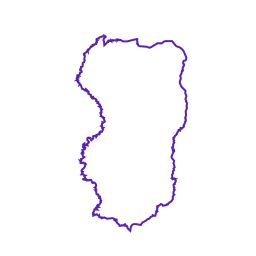 Kibondo, Kigoma, United Republic of Tanzania (orthographic projection), rotated 19°
{"feature_id": "72390352B58332556482444", "entity_name": "Kibondo", "entity_type": "district", "adm_level": 2, "iso_a3": "TZA", "parent_name": "United Republic of Tanzania", "parent_adm1": "Kigoma", "projection": "orthographic", "projection_center": [30.818, -4.184], "detail": "fine", "context": "isolated", "style": "outline", "palette": "violet", "viewbox_px": 256, "rotation_deg": 19, "n_neighbors": 0, "source": "geoboundaries", "source_scale": "gbopen_adm2", "svg_char_len": 5794}
<svg xmlns="http://www.w3.org/2000/svg" viewBox="0 0 256 256"><g transform="rotate(19 128 128)"><path d="M160.1,42.2L155.3,37.0L153.7,36.0L151.0,35.0L146.9,34.9L141.4,31.5L135.1,33.7L133.8,34.6L132.3,37.0L128.4,38.2L122.9,44.7L121.4,45.2L119.1,45.1L112.6,46.8L111.0,46.7L110.1,45.5L109.1,45.4L109.2,44.3L107.9,41.9L107.9,41.0L107.4,41.0L98.8,46.5L95.2,47.7L92.1,47.2L91.0,47.8L90.5,47.5L90.1,48.0L89.3,47.8L89.2,48.4L89.0,48.0L88.3,48.2L88.5,48.8L87.5,49.4L86.3,49.5L85.7,50.2L84.7,50.0L84.3,50.8L83.8,50.6L84.0,51.1L83.4,50.8L83.5,51.5L81.6,51.3L81.0,51.8L81.6,52.6L81.4,53.1L80.5,53.3L79.9,55.4L78.9,56.4L79.0,57.0L78.7,57.5L77.2,54.0L76.2,52.9L76.1,51.0L77.2,49.5L77.0,48.7L74.9,48.3L74.4,49.6L72.2,51.0L71.1,52.4L71.2,53.0L70.2,53.3L69.3,54.3L69.8,55.5L70.6,55.4L70.0,57.1L70.7,57.4L70.3,58.4L70.5,59.0L69.4,59.6L68.8,60.6L68.2,60.4L67.4,61.0L67.8,62.0L67.4,62.2L67.1,63.1L66.4,63.1L65.8,65.8L64.9,66.5L65.2,67.5L64.6,67.7L65.0,68.6L64.6,68.3L64.2,68.7L63.9,70.1L62.4,71.8L62.9,72.0L62.5,72.8L62.8,73.5L63.7,73.8L64.3,77.3L65.0,78.0L65.0,80.0L64.0,81.3L65.0,84.1L64.7,84.9L63.7,85.5L64.1,86.3L63.6,88.1L63.9,88.7L64.3,88.3L65.1,88.8L65.9,90.0L64.6,91.6L64.9,92.3L64.3,94.0L64.8,94.4L64.3,94.5L64.2,95.1L63.7,95.0L64.3,95.9L63.2,95.8L63.6,96.9L64.1,96.9L63.9,97.2L63.3,97.1L63.2,97.5L64.1,98.0L63.9,98.6L64.6,98.9L64.2,99.4L65.1,99.1L65.3,100.1L65.8,99.9L66.0,101.1L67.4,101.4L67.3,102.4L67.6,101.9L68.2,102.3L68.2,102.9L68.6,102.4L69.6,102.9L71.8,105.9L73.3,105.8L75.2,106.6L75.6,106.4L75.5,105.0L76.3,105.2L77.0,105.6L76.9,106.2L77.5,106.8L78.0,106.2L79.0,106.6L79.4,108.5L82.0,108.7L82.3,109.7L83.5,110.0L83.4,110.4L84.1,110.2L84.3,111.5L85.1,111.5L85.3,110.9L85.6,111.5L86.4,111.0L88.2,111.2L89.0,111.7L89.0,112.9L91.3,113.1L91.1,114.3L92.0,114.1L92.5,114.8L93.8,115.0L94.3,116.2L93.6,117.0L94.8,117.3L95.5,116.9L95.6,117.9L97.3,118.8L96.6,119.7L97.4,120.6L97.3,121.5L97.7,121.7L97.4,122.3L97.8,122.3L97.8,123.0L97.3,123.1L98.8,125.1L98.6,125.7L99.9,125.7L100.5,126.3L100.8,126.0L101.3,126.5L102.1,126.3L102.5,127.7L104.0,129.5L103.0,130.9L102.2,130.9L102.6,131.4L102.0,132.2L102.5,133.9L102.0,134.8L102.6,134.8L103.1,135.7L104.7,135.8L103.9,136.9L104.9,137.8L104.6,140.0L103.2,140.2L102.6,140.8L102.5,141.6L103.1,141.8L102.7,142.5L103.1,143.0L102.9,143.5L101.6,143.8L100.8,144.5L100.4,145.3L101.1,145.8L100.8,146.8L99.9,145.6L97.7,147.2L98.4,148.6L98.4,149.6L97.4,151.5L96.6,151.0L95.9,149.7L95.3,149.5L94.0,150.4L93.5,150.1L93.0,150.6L92.3,150.5L92.8,150.8L93.6,152.8L95.6,153.8L95.7,154.4L94.6,156.2L95.0,156.9L94.4,156.9L94.4,157.3L94.9,157.7L92.4,158.0L91.9,156.8L91.1,157.9L92.1,158.2L92.4,158.9L91.3,159.8L91.7,160.8L92.4,161.0L93.6,160.3L94.1,160.7L94.0,162.3L92.0,163.6L92.3,164.4L93.8,165.5L94.0,166.3L92.4,166.5L92.3,167.2L93.7,167.7L94.4,169.3L96.2,169.7L94.4,172.4L93.8,172.6L94.4,174.0L93.1,174.3L94.1,175.0L94.4,176.5L95.8,176.3L97.0,175.3L98.4,176.0L99.0,175.7L98.3,175.5L98.7,175.3L99.7,175.8L99.7,178.9L99.2,180.6L98.0,182.5L98.1,183.9L98.4,184.3L99.6,184.1L99.1,187.0L100.8,186.3L102.1,187.1L103.2,186.9L102.5,188.0L103.7,189.3L103.2,190.4L102.3,190.8L102.4,191.2L104.8,190.9L105.2,190.1L106.3,190.9L106.6,190.3L108.1,190.3L108.4,189.6L110.0,189.1L112.1,191.4L112.7,191.5L113.5,190.5L115.2,191.0L116.5,192.3L116.7,194.0L115.9,195.0L116.9,195.4L118.1,196.6L117.4,197.2L118.0,197.3L118.0,198.1L118.8,198.6L119.5,200.5L120.4,200.9L121.2,200.5L122.1,201.1L122.1,201.9L123.2,202.8L124.0,202.2L124.4,203.1L124.0,203.8L125.2,204.0L125.6,205.1L126.3,205.5L125.8,206.4L126.7,207.1L125.9,209.0L126.0,209.7L125.3,210.4L125.5,211.4L124.8,211.5L124.3,211.0L124.1,211.4L124.9,212.2L124.4,212.8L125.3,212.8L123.6,213.9L123.9,214.5L125.3,215.2L122.8,215.8L123.0,218.1L122.4,219.5L123.0,221.0L124.0,220.5L124.3,220.7L123.6,221.3L123.8,222.1L125.8,220.3L126.7,220.0L126.8,220.5L126.8,219.9L129.2,220.7L129.3,220.3L129.9,221.6L131.5,221.4L132.3,222.0L133.0,221.4L132.9,221.0L133.9,220.9L134.5,220.3L137.7,220.6L142.7,218.3L144.6,218.3L144.8,219.3L145.7,219.6L145.6,218.9L146.9,218.2L148.1,221.0L151.3,222.4L151.9,223.3L153.1,222.8L153.5,222.0L155.1,221.9L156.5,219.9L156.7,220.0L156.4,220.6L157.1,221.4L157.6,221.1L158.9,221.4L159.9,220.8L159.4,221.5L160.4,223.0L163.6,224.5L162.9,220.1L163.6,218.0L164.9,217.0L167.1,216.2L171.7,215.5L172.3,212.9L175.2,209.6L176.0,208.0L177.8,206.6L178.4,204.6L180.0,203.3L179.8,202.4L181.1,202.6L182.4,202.1L182.1,199.1L182.8,197.4L181.9,197.4L182.2,195.2L181.6,194.3L181.9,193.5L181.1,192.9L181.2,192.3L182.9,191.0L183.7,189.3L185.5,189.3L186.4,190.1L189.5,188.4L189.5,187.6L190.6,187.3L190.8,185.9L192.7,183.4L193.6,180.7L192.6,178.2L193.5,175.9L192.4,175.5L191.8,173.6L192.2,171.2L191.4,170.9L191.3,169.3L190.6,168.9L189.6,167.2L189.7,166.1L190.5,165.7L190.2,164.7L190.5,162.4L189.3,161.5L189.1,161.0L189.5,160.6L188.1,160.6L187.1,161.9L185.6,161.4L186.0,160.2L184.9,157.9L185.3,156.3L184.5,154.3L185.3,152.8L184.2,151.5L184.9,149.9L182.6,146.7L182.2,143.9L179.1,142.1L178.5,140.9L178.7,136.0L179.0,135.5L178.3,135.2L179.0,134.3L178.3,133.4L177.4,134.0L176.5,132.8L176.7,131.9L176.1,131.8L176.7,130.4L176.0,128.6L176.5,126.8L175.5,126.1L175.7,124.6L174.6,124.0L174.2,123.0L174.7,122.5L174.3,122.0L175.0,121.1L174.9,120.2L176.1,118.3L176.0,116.2L176.6,114.9L176.4,113.4L177.1,113.0L178.1,113.3L177.7,110.9L178.8,111.0L178.7,110.6L179.5,110.2L180.4,108.5L180.3,107.8L179.7,107.5L180.2,105.1L179.8,103.9L180.3,103.1L180.2,101.9L179.7,101.6L179.7,100.7L178.7,99.8L178.9,98.6L178.3,95.9L177.2,93.8L177.2,89.7L176.4,88.7L175.9,86.0L175.2,84.7L174.1,84.0L174.1,83.2L172.9,82.0L172.8,78.8L170.9,76.6L170.2,74.1L164.8,71.4L162.4,68.6L161.9,67.4L161.8,64.0L160.4,61.5L160.9,59.2L160.4,56.3L161.2,55.9L160.2,53.6L160.6,50.0L159.8,49.1L159.3,49.2L158.6,47.4L158.9,46.3L160.5,45.3L160.5,43.4L160.1,42.2Z" fill="none" stroke="#5b21b6" stroke-width="2"/></g></svg>